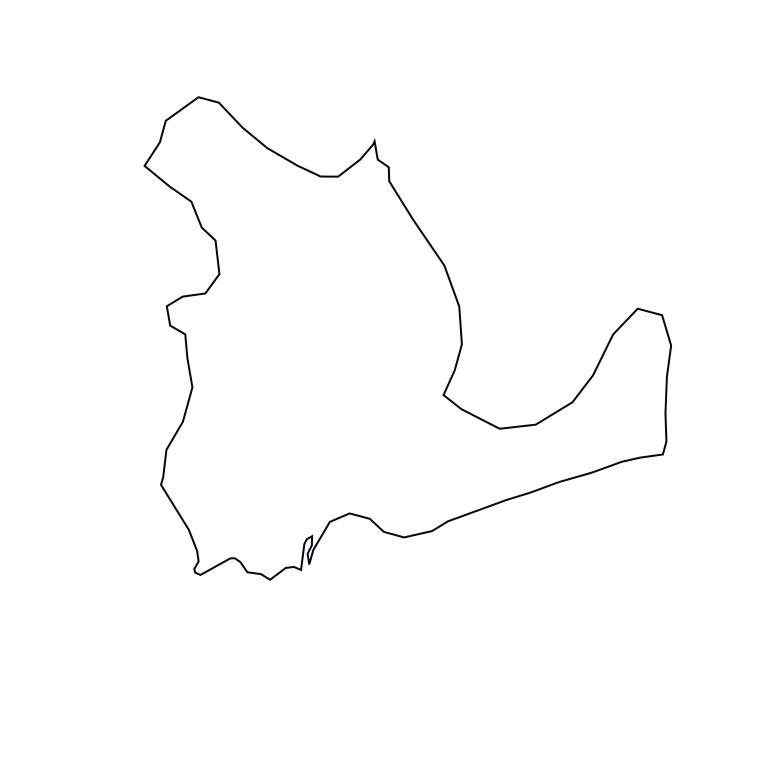 Anbyon, Kangwŏn-do, North Korea, rotated 195°
{"feature_id": "82179303B46901799029181", "entity_name": "Anbyon", "entity_type": "district", "adm_level": 2, "iso_a3": "PRK", "parent_name": "North Korea", "parent_adm1": "Kangwŏn-do", "projection": "mercator", "projection_center": [127.527, 39.017], "detail": "fine", "context": "isolated", "style": "outline", "palette": "ink", "viewbox_px": 768, "rotation_deg": 195, "n_neighbors": 0, "source": "geoboundaries", "source_scale": "gbopen_adm2", "svg_char_len": 1255}
<svg xmlns="http://www.w3.org/2000/svg" viewBox="0 0 768 768"><g transform="rotate(195 384 384)"><path d="M96.4,388.1L96.3,401.6L104.5,428.4L112.6,464.2L116.6,495.5L133.2,522.4L158.4,522.4L175.5,491.2L184.3,446.5L197.2,415.2L226.9,384.0L260.7,370.7L302.7,379.7L323.6,388.7L319.2,415.6L319.0,442.4L331.3,478.2L356.3,514.0L377.1,531.9L398.0,549.9L431.4,581.2L435.5,594.6L448.1,599.1L455.9,616.0L456.4,612.6L465.0,594.7L482.0,572.4L498.9,568.0L524.1,572.5L557.7,581.6L587.0,595.0L616.3,613.0L637.4,613.0L662.9,581.8L663.0,559.5L671.7,532.7L642.3,519.3L617.2,510.2L600.5,487.9L583.8,478.9L571.4,447.5L580.0,425.2L601.1,416.3L613.9,402.9L605.6,385.0L588.8,380.5L580.6,358.1L568.2,331.2L568.3,313.3L568.5,295.4L577.1,264.1L573.2,237.2L573.3,228.9L534.8,192.7L521.2,174.2L517.1,164.5L519.4,156.2L517.6,153.0L511.9,152.0L487.4,175.7L483.1,177.1L476.8,174.9L467.2,166.8L453.5,168.5L443.4,165.4L431.9,180.1L431.3,180.9L423.6,184.0L416.0,182.9L419.5,208.6L418.5,213.9L414.1,218.3L411.9,209.4L413.8,200.3L409.5,190.3L409.3,205.4L400.6,236.8L383.7,250.1L362.7,250.1L345.9,241.1L324.9,241.0L299.5,254.4L286.8,267.8L261.4,285.6L236.0,303.5L214.8,316.8L189.4,334.7L159.8,352.5L134.4,370.3L117.5,379.2L96.4,388.1Z" fill="none" stroke="#020617" stroke-width="2"/></g></svg>